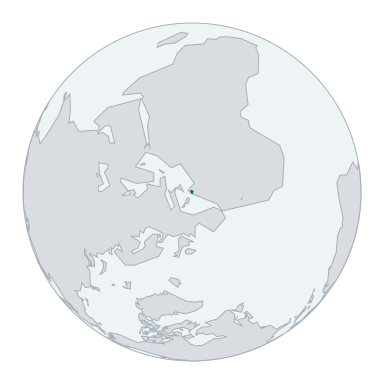 globe centered on Béja, rotated 212°
{"feature_id": "TUN-103", "entity_name": "Béja", "entity_type": "Governorate", "adm_level": 1, "iso_a3": "TUN", "parent_name": "Tunisia", "parent_adm1": "", "projection": "orthographic", "projection_center": [9.232, 36.761], "detail": "fine", "context": "on_globe", "style": "filled", "palette": "teal", "viewbox_px": 384, "rotation_deg": 212, "n_neighbors": 0, "source": "natural_earth", "source_scale": "10m", "svg_char_len": 10390}
<svg xmlns="http://www.w3.org/2000/svg" viewBox="0 0 384 384"><g transform="rotate(212 192 192)"><circle cx="192" cy="192" r="169" fill="#eef3f6" stroke="#a8b0b8"/><path d="M102.3,48.8L110.9,44.4L106.3,46.9L109.7,45.4L115.7,42.2L118.8,40.6L138.7,34.2L159.0,28.7L163.7,26.8L164.0,27.7L171.8,24.5L181.7,23.4L171.5,24.9L171.3,25.4L178.6,24.4L179.9,24.7L184.1,24.6L185.1,25.2L179.0,26.6L179.5,27.1L184.6,26.5L188.8,27.0L181.2,27.8L187.6,29.0L178.8,32.4L157.8,35.6L153.8,39.6L134.7,48.7L137.4,49.0L131.9,53.2L133.0,55.3L129.1,56.8L133.3,57.2L136.6,55.4L139.5,55.1L140.5,56.3L135.7,58.3L134.6,58.0L133.7,59.2L130.9,59.8L132.8,60.2L127.0,62.7L134.1,62.0L130.5,65.6L126.3,66.9L125.0,64.3L112.1,62.3L107.4,63.5L102.0,67.4L95.5,79.4L91.0,82.1L86.2,87.4L89.4,86.8L94.3,82.5L99.1,83.2L104.6,78.3L107.3,78.0L113.6,74.3L114.4,77.6L111.8,83.0L106.6,86.4L105.3,89.0L111.7,88.3L103.4,97.6L100.4,109.1L98.1,111.4L90.9,110.8L87.3,104.0L78.0,104.9L85.8,107.4L79.8,113.9L79.6,116.4L81.0,118.0L83.9,116.9L82.2,119.9L73.9,118.2L75.3,115.4L77.9,115.8L76.2,112.9L70.5,112.5L68.0,116.2L62.2,113.0L60.3,115.8L57.9,116.9L61.4,112.6L55.1,120.5L47.9,120.5L39.1,135.0L45.8,120.0L47.0,114.9L47.6,110.6L46.1,112.8L49.1,105.0L48.2,104.1L42.7,112.8L39.1,120.0L44.7,109.3L50.9,99.0L57.9,89.2L65.6,79.9L73.9,71.1L82.9,63.0L92.4,55.6L102.3,48.8ZM37.4,123.9L34.9,130.5L36.4,127.9L35.8,132.0L31.1,141.1L29.2,151.9L26.4,160.7L25.2,168.3L25.4,171.5L25.3,178.5L27.1,176.1L29.0,178.3L27.2,186.4L29.8,182.0L29.9,188.8L34.9,199.0L34.1,200.0L38.0,218.2L45.3,231.7L46.9,239.6L45.8,242.1L48.9,246.4L49.0,248.8L64.2,264.8L74.2,276.7L75.3,284.6L69.9,288.6L71.6,302.6L63.6,299.1L66.1,303.8L67.0,305.7L59.1,296.3L51.8,286.3L45.3,275.9L39.6,265.0L34.7,253.7L30.6,242.1L27.4,230.2L25.1,218.1L23.6,205.9L23.0,193.6L23.8,189.3L25.0,176.9L25.1,173.1L24.4,174.8L26.2,160.2L28.7,149.3L32.0,137.7L37.4,123.9ZM36.6,139.1L34.6,156.0L33.3,151.0L34.0,150.9L35.0,145.5L36.1,138.2L35.7,134.6L36.6,139.1ZM41.1,136.1L41.2,133.8L41.4,135.5L41.1,136.1ZM119.9,39.9L115.7,42.2L109.8,45.1L113.2,43.1L119.9,39.9ZM131.3,35.4L129.7,36.3L126.0,37.3L128.1,36.4L131.3,35.4ZM166.8,25.6L163.1,26.4L166.2,25.6L166.8,25.6ZM184.6,24.5L185.2,24.3L187.1,24.4L184.6,24.5ZM112.7,72.8L113.1,73.5L111.7,73.8L112.7,72.8ZM115.1,70.6L113.2,70.4L114.0,69.4L115.1,69.5L115.1,70.6ZM190.3,25.5L193.3,25.9L189.2,25.7L190.3,25.5ZM117.2,71.1L115.7,67.5L117.2,65.8L122.9,64.9L117.2,71.1ZM194.3,26.3L201.4,27.7L203.5,27.1L201.7,29.8L196.2,27.5L191.0,27.2L194.2,26.9L194.3,26.3ZM137.3,54.4L133.8,56.3L135.8,53.7L137.3,54.4ZM137.8,52.8L139.9,46.1L145.5,44.2L143.7,46.7L150.2,43.6L152.0,45.9L148.8,48.1L144.8,48.9L148.5,49.3L137.8,52.8ZM199.6,31.3L200.5,32.0L198.4,31.6L199.6,31.3ZM140.9,54.8L140.8,53.5L145.7,51.6L146.7,54.0L144.8,53.8L140.9,54.8ZM151.1,41.8L154.9,41.0L157.4,42.7L159.2,42.6L152.5,45.8L151.1,41.8ZM144.2,54.8L147.1,55.2L145.7,57.2L141.3,56.0L144.2,54.8ZM146.5,50.2L148.8,49.5L147.9,50.7L146.5,50.2ZM142.3,65.0L142.1,63.2L144.6,62.1L142.3,65.0ZM148.3,55.3L148.8,54.6L149.8,54.0L151.4,54.8L148.3,55.3ZM154.7,46.9L154.9,47.8L157.6,45.6L159.5,47.0L154.7,48.9L157.6,48.7L158.2,49.1L153.6,50.3L154.7,46.9ZM155.9,53.8L150.5,57.2L150.3,60.7L148.1,61.7L148.7,56.0L155.9,53.8ZM154.9,51.6L155.0,53.2L152.2,53.6L150.4,52.7L154.9,51.6ZM162.5,47.2L160.8,44.6L161.9,44.3L162.5,47.2ZM156.4,54.7L157.7,53.9L156.7,54.9L156.4,54.7ZM161.3,49.4L160.5,48.4L161.8,48.1L161.3,49.4ZM161.0,53.2L159.2,54.2L157.9,53.6L161.0,53.2ZM161.6,51.4L163.5,51.1L158.5,52.8L161.0,51.0L161.6,51.4ZM162.6,49.2L163.1,48.7L162.8,49.7L162.6,49.2ZM166.8,55.1L160.9,57.3L158.0,55.9L164.2,53.9L166.8,55.1ZM357.2,156.6L358.2,161.4L357.6,158.5L356.3,159.1L358.8,170.3L359.8,172.4L359.9,173.1L360.6,181.5L359.9,175.3L359.4,175.2L357.6,166.0L353.5,156.1L353.8,163.1L351.9,157.9L346.4,152.3L345.6,162.4L345.7,186.4L348.8,200.7L347.5,210.3L338.4,196.9L332.7,184.9L330.4,189.2L320.2,183.4L305.4,194.0L302.4,191.3L299.8,195.1L292.5,194.9L287.6,190.1L283.6,192.7L296.4,204.9L300.6,202.2L302.9,193.4L305.8,198.6L312.7,200.0L308.2,218.9L284.8,243.9L281.1,233.7L256.0,208.9L255.9,205.0L255.8,204.7L255.4,204.0L254.5,210.6L249.7,205.2L264.7,224.4L267.8,233.2L284.5,244.8L283.3,247.0L288.2,248.5L302.3,237.4L302.7,241.1L296.9,261.0L276.1,290.3L278.1,302.2L275.3,312.9L260.6,323.7L260.1,330.1L252.3,334.4L250.7,338.0L243.4,342.9L231.9,348.0L214.2,350.6L214.5,348.1L207.7,343.2L198.8,327.6L204.7,318.8L203.7,311.9L190.7,295.7L193.7,285.7L189.9,281.5L182.2,282.6L177.6,277.4L172.9,277.1L142.2,278.0L132.0,269.6L118.2,244.8L123.2,236.8L122.8,225.7L156.1,192.1L164.7,195.1L192.7,190.3L196.4,191.5L194.7,200.8L217.0,209.8L222.3,201.6L240.8,204.3L252.2,201.2L253.4,183.5L234.8,188.1L230.0,180.6L243.6,169.9L259.6,166.2L258.3,163.2L246.8,159.1L249.1,152.1L242.7,157.1L246.3,159.6L242.4,163.1L238.8,161.1L239.8,158.5L234.6,158.3L231.4,171.1L234.7,174.9L221.9,179.6L226.2,186.7L223.2,190.9L214.8,180.5L214.6,176.2L200.0,165.5L199.1,170.3L212.8,181.0L209.1,180.5L207.9,187.8L205.9,181.9L191.3,169.6L178.8,173.0L165.3,190.7L157.5,191.8L149.9,187.7L152.6,169.7L169.6,169.4L170.8,163.7L165.3,155.2L171.0,156.0L170.9,152.7L177.1,152.3L184.0,144.3L190.1,143.2L190.9,133.2L194.1,131.5L192.7,137.8L195.0,141.9L209.8,139.8L212.1,137.3L211.5,131.2L215.6,131.6L213.1,126.0L220.7,122.2L209.3,122.3L208.2,115.8L211.8,110.1L209.4,108.1L203.6,117.4L203.1,121.3L206.0,124.4L202.9,135.7L198.2,138.0L193.7,126.8L186.5,129.1L186.1,119.9L202.1,99.3L209.7,94.7L226.2,99.9L225.5,104.3L219.2,104.4L226.7,109.9L225.3,106.7L228.7,107.3L228.6,101.8L231.0,102.0L226.7,96.5L229.7,96.2L232.4,99.6L234.7,91.8L240.4,89.9L239.7,88.1L237.4,86.7L246.2,85.7L245.3,84.4L242.1,84.2L238.3,81.7L235.0,77.0L238.2,76.9L239.8,78.5L248.1,82.2L251.9,87.1L252.9,86.6L250.3,82.4L240.3,77.8L237.4,75.1L242.3,76.6L240.3,75.8L239.8,74.4L242.4,73.1L237.1,71.3L227.9,57.8L231.9,54.4L237.3,56.9L234.3,48.9L239.1,46.5L236.2,46.2L232.7,42.7L231.1,43.4L229.5,43.0L219.9,35.5L220.1,34.0L212.6,31.3L211.1,31.3L210.5,32.1L201.7,29.8L203.5,27.1L206.8,27.3L205.6,25.9L213.5,26.6L219.5,26.9L228.8,29.2L232.7,29.6L231.7,29.0L236.3,29.5L249.0,33.1L242.9,32.5L224.6,29.6L232.4,30.7L231.9,31.3L235.4,32.3L240.8,33.3L240.7,32.9L255.6,40.5L271.0,47.3L267.0,43.7L268.7,43.4L282.7,50.2L306.4,68.6L308.9,70.2L311.9,73.0L315.9,77.3L311.7,73.2L312.0,74.2L309.0,71.5L314.1,77.7L310.0,74.2L315.9,81.2L318.3,82.7L315.3,78.2L322.3,86.3L324.7,87.7L329.6,94.0L341.2,112.9L346.1,123.8L347.4,126.5L346.9,126.8L349.9,135.2L353.8,143.3L354.0,143.9L357.2,156.6ZM146.5,211.0L146.0,214.4L146.5,211.0ZM278.0,170.9L286.6,167.4L280.2,158.7L283.0,156.8L279.8,154.7L279.7,158.1L271.5,152.0L274.3,147.2L272.0,143.1L269.0,144.2L265.1,154.1L276.9,162.6L276.0,167.8L278.0,170.9ZM35.1,199.2L35.5,202.0L34.5,200.4L35.1,199.2ZM31.9,153.4L32.0,155.8L31.7,158.1L31.4,156.8L31.9,153.4ZM36.3,171.7L37.1,174.8L35.8,172.9L36.3,171.7ZM34.5,158.4L35.6,169.5L33.1,166.8L32.6,160.0L33.7,162.7L34.5,158.4ZM38.5,139.5L38.3,141.4L37.5,142.4L38.5,139.5ZM41.2,137.4L41.1,136.9L41.7,135.1L41.2,137.4ZM80.3,113.9L80.9,114.2L81.8,116.3L80.2,116.3L80.3,113.9ZM92.3,121.0L89.3,125.8L90.4,122.2L87.7,122.8L86.5,116.2L96.9,112.3L92.4,115.1L92.3,121.0ZM87.8,107.0L87.4,111.2L87.5,106.7L87.8,107.0ZM164.1,136.3L166.8,138.4L165.3,142.2L157.6,144.6L159.7,139.0L164.1,136.3ZM171.0,140.6L168.7,129.5L173.4,127.9L171.1,130.6L174.5,130.6L171.8,135.1L178.6,145.0L177.7,149.0L164.0,150.6L168.9,147.7L166.0,145.6L171.0,140.6ZM154.4,107.4L153.4,103.5L164.8,104.9L164.4,108.4L156.7,110.7L152.7,108.0L154.4,107.4ZM127.5,70.7L126.4,69.9L127.7,69.2L129.7,69.4L127.5,70.7ZM142.0,64.3L133.7,74.0L132.0,73.5L129.2,80.4L123.7,81.7L125.7,77.1L119.3,83.5L118.9,79.9L115.1,84.6L120.1,74.1L119.5,71.4L122.3,73.9L127.4,72.7L129.4,71.3L134.7,65.8L135.9,59.8L141.1,58.0L144.5,58.4L145.1,59.5L141.5,60.2L144.7,61.3L140.0,63.2L142.0,64.3ZM181.3,68.8L176.9,68.2L182.6,72.5L177.9,73.7L178.9,74.1L176.1,76.5L174.3,80.3L171.9,80.4L172.3,81.8L170.4,83.6L170.1,85.7L165.7,86.8L165.0,89.5L163.3,88.5L163.2,93.0L161.3,90.1L158.7,92.4L161.9,94.0L139.0,96.4L130.9,100.3L125.1,105.3L122.6,100.2L126.4,92.6L133.5,84.9L141.7,82.2L139.1,80.6L142.3,78.9L143.0,80.9L143.8,76.9L146.6,76.1L152.9,70.5L152.2,65.8L154.5,63.8L156.2,65.3L157.3,62.3L162.0,63.8L163.7,62.5L170.1,62.9L172.2,66.7L174.0,65.0L178.9,65.5L181.3,68.8ZM168.6,55.3L172.3,59.2L171.5,62.0L160.8,60.2L158.5,61.2L151.6,60.6L152.9,56.8L154.8,57.3L156.9,56.9L155.6,58.2L158.2,56.9L160.9,57.6L163.6,56.8L164.0,58.2L168.6,55.3ZM199.7,187.8L202.5,188.0L206.5,187.2L205.9,192.0L199.7,187.8ZM189.6,179.6L192.0,178.9L193.0,184.9L190.2,184.9L189.6,179.6ZM192.3,173.6L192.0,178.4L190.5,175.8L192.3,173.6ZM194.8,136.9L197.2,135.9L197.8,137.3L196.9,139.6L194.8,136.9ZM197.3,83.1L194.9,81.9L195.4,81.1L192.6,77.0L195.9,76.0L198.9,78.1L197.3,83.1ZM250.8,187.3L248.0,191.4L246.1,190.3L247.4,189.1L250.8,187.3ZM226.3,192.5L232.3,193.6L226.0,193.8L226.3,192.5ZM200.4,81.3L198.9,79.6L201.5,80.2L200.4,81.3ZM198.2,75.1L201.1,75.3L196.0,75.4L198.2,75.1ZM299.5,300.9L286.0,321.5L279.4,324.4L279.6,320.5L285.6,309.1L293.7,302.7L298.1,296.0L299.5,300.9ZM361.0,191.7L359.8,186.0L360.2,182.7L360.7,183.2L361.0,191.7ZM349.3,201.5L352.0,207.1L351.0,210.5L349.3,201.5ZM349.1,130.2L350.1,133.3L349.3,131.5L347.5,126.5L349.1,130.2ZM226.4,72.9L226.6,79.5L228.9,84.2L233.7,86.4L227.1,86.4L223.5,79.2L226.4,72.9ZM227.4,59.6L223.2,58.0L224.9,57.1L226.1,57.4L227.4,59.6ZM224.9,59.7L220.1,60.9L217.7,59.1L222.0,58.5L224.9,59.7ZM210.4,70.5L210.2,72.4L208.1,71.9L210.4,70.5ZM283.2,49.8L283.8,50.1L287.8,52.8L278.9,47.3L275.7,45.3L276.2,45.5L283.2,49.8ZM275.8,45.5L277.0,46.4L266.5,42.7L263.5,41.5L269.8,42.6L271.3,43.6L274.5,45.1L275.8,45.5ZM202.0,31.7L200.6,32.0L200.9,31.4L202.0,31.7ZM228.7,43.5L226.5,42.9L226.9,42.0L228.7,43.5ZM220.5,40.9L221.5,42.3L219.1,40.8L220.5,40.9ZM224.2,45.5L221.3,42.8L226.0,45.3L224.2,45.5Z" fill="#d9dde1" stroke="#a8b0b8" stroke-width="1"/><path d="M191.2,191.2L191.3,191.2L191.4,190.9L191.5,190.9L191.6,191.0L191.8,191.1L191.9,191.3L192.0,191.4L192.0,191.5L192.3,191.7L192.3,191.8L192.3,192.0L192.5,192.1L192.7,191.8L192.8,191.8L193.0,192.1L193.3,192.1L193.4,192.4L193.5,192.5L193.3,192.7L193.3,192.8L193.2,192.9L193.0,193.0L192.8,193.0L192.7,193.0L192.6,192.9L192.4,192.9L192.4,193.0L192.2,193.2L191.9,193.1L191.7,193.1L191.5,192.9L191.6,192.7L191.5,192.3L191.5,192.2L191.4,192.0L191.3,191.9L191.2,191.9L191.3,191.9L191.4,191.7L191.2,191.5L191.2,191.4L191.3,191.4L191.2,191.2L191.2,191.2Z" fill="#14b8a6" stroke="#0f766e" stroke-width="1.5"/></g></svg>